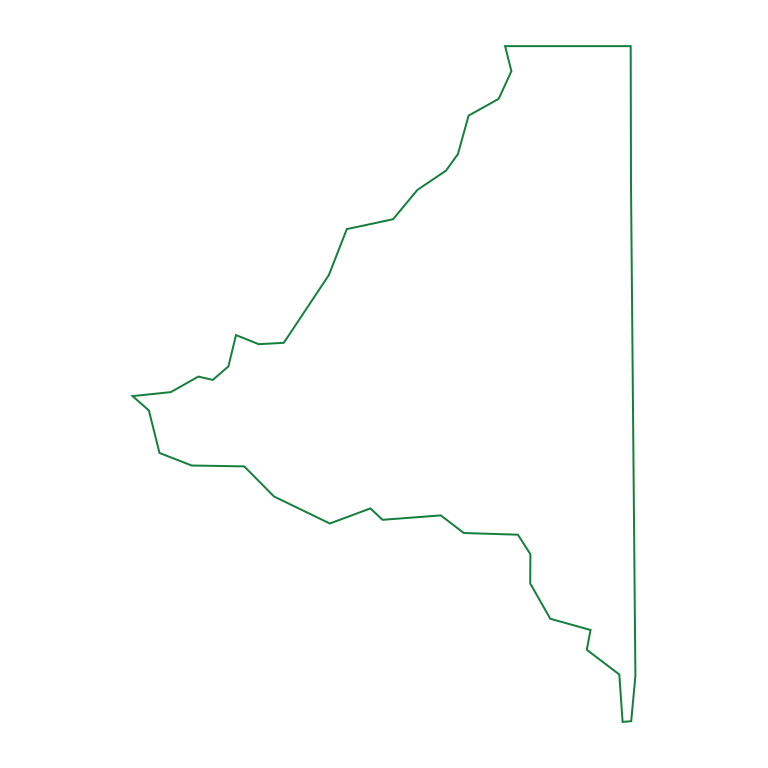 Bradford, Florida, United States of America
{"feature_id": "52423323B57345599867870", "entity_name": "Bradford", "entity_type": "district", "adm_level": 2, "iso_a3": "USA", "parent_name": "United States of America", "parent_adm1": "Florida", "projection": "robinson", "projection_center": [-82.215, 29.931], "detail": "fine", "context": "isolated", "style": "outline", "palette": "green", "viewbox_px": 768, "rotation_deg": 0, "n_neighbors": 0, "source": "geoboundaries", "source_scale": "gbopen_adm2", "svg_char_len": 614}
<svg xmlns="http://www.w3.org/2000/svg" viewBox="0 0 768 768"><path d="M505.1,46.1L511.4,71.2L498.7,98.8L468.6,115.6L457.9,154.1L446.0,170.6L417.4,189.9L393.1,219.2L346.8,229.1L328.9,275.0L283.8,342.8L258.8,344.2L236.0,335.1L228.4,366.4L212.8,379.9L198.3,376.6L170.8,392.1L132.6,396.1L148.9,410.5L159.5,453.0L191.6,465.5L244.2,466.4L274.0,496.5L329.8,523.5L370.4,508.4L382.5,519.8L440.8,515.4L463.8,533.0L517.9,534.7L530.4,554.2L530.2,583.4L550.3,618.8L590.5,630.0L586.8,649.8L619.3,674.5L622.6,721.9L631.2,721.2L635.4,676.0L631.0,184.8L630.7,46.1L505.1,46.1Z" fill="none" stroke="#15803d" stroke-width="2"/></svg>